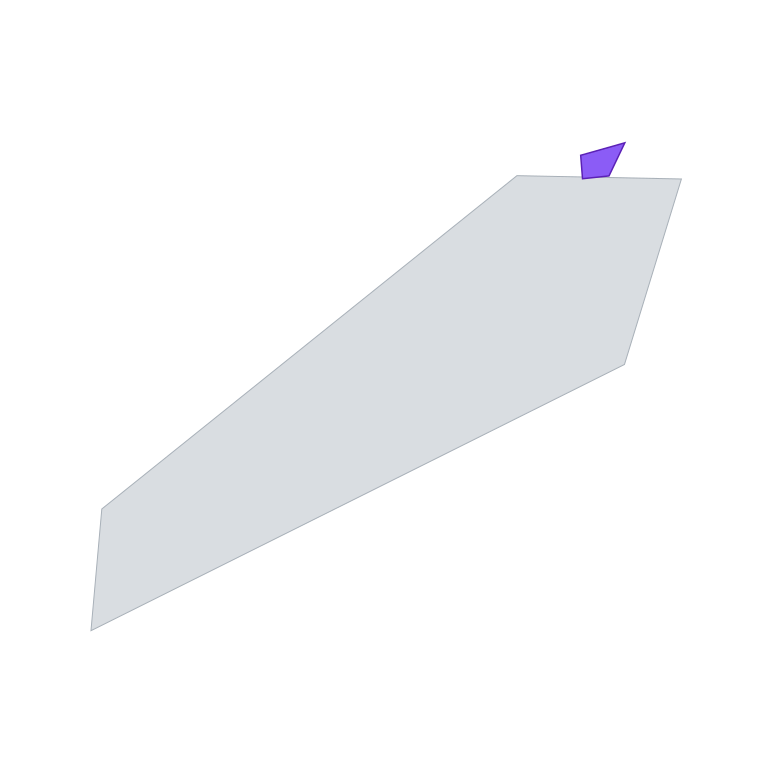 Island Harbour highlighted on a map of Anguilla, rotated 354°
{"feature_id": "AIA-5117", "entity_name": "Island Harbour", "entity_type": "District", "adm_level": 1, "iso_a3": "AIA", "parent_name": "Anguilla", "parent_adm1": "", "projection": "natural_earth1", "projection_center": [-63.003, 18.271], "detail": "fine", "context": "in_parent", "style": "filled", "palette": "violet", "viewbox_px": 768, "rotation_deg": 354, "n_neighbors": 0, "source": "natural_earth", "source_scale": "10m", "svg_char_len": 363}
<svg xmlns="http://www.w3.org/2000/svg" viewBox="0 0 768 768"><g transform="rotate(354 384 384)"><path d="M625.2,389.7L66.8,598.7L90.3,478.8L538.0,190.7L701.2,211.2L625.2,389.7Z" fill="#d9dde1" stroke="#a8b0b8" stroke-width="1"/><path d="M603.5,177.1L648.7,169.3L629.5,200.6L602.9,200.6L603.5,177.1Z" fill="#8b5cf6" stroke="#5b21b6" stroke-width="1.5"/></g></svg>